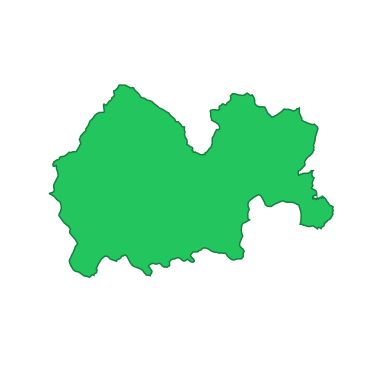 Benenitra, Atsimo-Andrefana, Madagascar (Mercator projection), rotated 288°
{"feature_id": "10022922B93003724204974", "entity_name": "Benenitra", "entity_type": "district", "adm_level": 2, "iso_a3": "MDG", "parent_name": "Madagascar", "parent_adm1": "Atsimo-Andrefana", "projection": "mercator", "projection_center": [45.12, -23.452], "detail": "fine", "context": "isolated", "style": "filled", "palette": "green", "viewbox_px": 384, "rotation_deg": 288, "n_neighbors": 0, "source": "geoboundaries", "source_scale": "gbopen_adm2", "svg_char_len": 6034}
<svg xmlns="http://www.w3.org/2000/svg" viewBox="0 0 384 384"><g transform="rotate(288 192 192)"><path d="M175.6,51.1L173.8,51.9L173.6,52.6L174.4,53.8L175.3,54.5L175.3,54.9L172.8,55.6L168.7,58.5L166.0,59.8L156.3,58.3L154.5,58.7L151.5,60.3L149.7,60.4L148.1,59.1L147.1,57.3L146.4,57.1L146.0,57.7L146.1,58.9L145.2,62.5L143.1,65.6L141.9,69.4L139.2,71.5L136.4,72.7L132.6,72.9L130.1,72.4L128.4,72.8L123.3,79.7L121.5,84.1L121.5,84.9L119.1,87.9L117.4,87.7L115.4,88.3L114.5,89.6L110.6,96.0L107.2,99.4L104.5,98.0L98.1,97.7L94.4,97.0L92.9,97.1L90.2,96.5L88.8,96.5L87.1,97.4L84.7,99.3L81.4,103.2L80.9,104.1L80.6,106.1L80.9,108.9L78.9,115.3L79.4,119.3L79.2,120.9L82.3,122.5L82.6,122.8L82.4,124.5L84.2,124.6L85.6,126.0L86.3,126.1L88.9,125.6L89.3,124.6L94.3,125.1L100.4,126.6L104.0,128.9L104.6,130.6L104.5,131.9L104.2,133.2L103.2,134.4L103.0,135.2L102.8,141.6L104.2,141.5L106.1,143.8L107.2,144.5L109.4,145.0L109.9,146.3L111.3,147.2L111.4,148.5L111.0,149.7L105.2,155.7L103.7,158.2L103.4,159.1L102.9,167.2L102.5,168.7L102.2,169.4L101.1,170.6L98.9,174.4L99.4,176.1L99.5,178.1L100.4,178.0L102.5,178.6L104.4,178.4L108.1,173.5L109.1,173.8L111.5,175.7L112.2,177.6L112.2,179.7L112.6,180.9L113.9,182.5L114.1,183.3L113.8,184.5L112.7,186.2L112.1,187.7L112.0,188.9L112.7,190.5L112.6,191.4L115.0,193.5L117.9,192.3L119.0,192.2L120.2,192.7L121.6,193.6L122.5,194.8L122.8,195.9L125.1,198.5L125.4,200.5L124.9,202.2L124.2,203.4L123.7,205.5L124.7,207.1L126.0,207.8L126.6,208.6L125.3,212.5L125.5,214.5L126.6,215.5L127.5,215.4L128.4,214.5L130.3,211.0L130.9,210.3L131.6,210.2L134.8,211.2L135.4,211.9L136.9,215.9L138.5,216.9L139.7,218.5L141.6,219.4L142.4,220.5L142.9,221.9L142.9,224.9L142.6,226.4L142.1,227.3L141.6,231.5L142.4,235.0L142.2,236.7L142.6,237.7L143.1,238.2L143.1,239.3L144.0,243.1L141.8,245.9L140.2,249.7L140.1,251.4L140.3,252.9L142.2,255.5L143.9,259.9L144.3,259.8L146.3,260.7L150.1,259.4L151.6,260.0L152.3,259.5L152.6,258.8L153.5,258.2L154.0,256.5L155.5,254.0L158.1,253.2L163.3,253.4L165.6,253.9L168.4,251.8L171.9,250.3L176.2,249.6L178.2,250.3L179.4,251.9L183.3,255.4L184.0,253.4L188.5,251.8L190.6,251.5L193.0,251.9L194.9,250.4L197.0,249.1L200.2,248.7L205.7,252.1L210.2,256.2L209.5,259.0L205.1,263.7L202.5,265.7L201.8,268.1L202.6,271.7L205.7,274.1L211.6,280.7L211.5,285.5L212.5,287.9L213.4,291.5L212.5,297.7L206.9,301.6L203.7,303.0L197.9,304.6L194.7,304.8L195.3,306.7L194.8,308.5L195.2,310.4L194.9,312.0L195.5,314.6L197.1,317.2L197.2,318.2L195.7,322.7L197.4,323.1L197.6,323.7L197.6,324.4L197.0,326.0L199.1,326.4L199.4,327.0L200.7,327.9L202.3,328.0L203.1,327.5L204.1,328.7L205.0,328.8L205.5,329.4L207.1,329.9L208.5,331.3L209.7,332.0L214.1,332.9L215.1,332.6L216.1,331.8L217.9,332.1L219.8,330.8L221.4,330.9L221.9,329.0L221.6,327.9L222.8,325.9L223.7,325.1L224.4,323.7L226.2,321.7L227.6,319.7L227.1,319.2L228.4,317.6L228.3,317.1L226.3,317.0L226.7,315.7L224.4,314.3L225.3,313.4L225.2,313.0L224.4,312.5L223.5,312.7L223.3,312.6L223.9,311.1L223.8,310.7L223.1,310.3L222.8,309.3L222.9,308.8L223.6,308.7L224.3,309.2L224.6,308.4L225.9,308.6L226.0,309.0L226.9,309.9L227.0,311.8L230.0,310.6L231.3,309.6L231.9,307.9L232.1,305.7L232.7,304.4L235.6,305.0L237.1,303.7L238.4,303.4L243.0,303.7L243.5,303.4L243.6,302.0L243.9,301.6L246.1,300.4L248.8,300.2L249.8,300.6L249.1,298.8L247.5,298.4L247.0,297.7L245.9,297.1L244.1,292.0L243.6,291.4L242.9,291.1L242.6,290.0L240.8,288.4L240.9,288.1L244.4,286.5L246.2,288.1L247.1,288.4L248.6,289.5L249.5,289.6L251.0,290.6L252.6,291.1L255.1,289.9L256.9,289.9L260.3,291.0L263.3,293.0L266.3,294.5L268.2,294.6L269.5,295.0L270.9,294.2L272.3,294.1L274.1,293.1L278.9,293.1L282.6,292.3L291.1,292.2L292.6,291.2L293.9,288.1L294.3,287.6L293.5,286.1L293.3,285.2L293.2,281.7L294.0,274.3L295.9,273.7L300.1,269.8L305.1,268.1L303.9,267.1L303.5,266.0L302.4,265.7L300.5,264.1L300.5,258.5L299.8,256.3L299.4,255.8L299.5,254.0L296.3,252.4L292.0,249.3L288.6,246.1L287.9,244.5L288.8,243.2L290.5,239.5L295.3,234.9L294.5,231.9L293.8,230.0L294.0,226.8L295.4,224.6L296.5,223.9L298.6,223.3L301.0,221.7L303.0,219.2L302.2,218.5L301.9,217.3L303.1,214.2L302.8,213.5L301.0,212.4L299.5,210.5L298.6,205.5L298.7,203.0L298.0,200.2L295.2,198.9L293.1,200.0L291.1,200.1L290.0,199.7L288.1,198.1L285.5,197.5L285.1,196.6L285.4,194.1L285.0,193.6L283.4,192.9L282.1,191.6L280.9,191.6L279.5,192.6L278.1,191.7L277.3,189.6L277.4,188.2L275.8,184.8L275.2,184.4L274.3,184.4L272.8,185.5L269.5,186.5L268.9,187.2L266.4,188.5L265.9,190.5L265.7,192.4L264.5,196.2L264.1,196.8L262.4,198.2L260.1,198.7L259.6,198.3L259.2,196.4L258.7,196.1L255.5,195.5L252.4,195.3L250.4,194.9L250.1,194.6L247.9,195.0L244.6,196.2L240.8,196.3L238.6,195.1L234.6,193.8L233.3,192.4L231.7,192.8L231.5,191.3L230.5,190.4L230.1,187.6L230.7,185.8L230.6,184.2L231.1,183.0L230.2,181.5L230.2,181.0L231.3,180.3L231.6,179.2L233.7,179.3L234.1,179.0L234.5,177.9L234.5,176.3L235.4,174.3L235.5,172.5L236.0,172.1L237.3,172.2L240.3,170.9L241.9,168.5L243.3,167.8L244.3,167.0L246.8,166.8L249.4,165.2L251.3,164.9L251.6,164.4L251.2,163.5L251.1,162.4L252.5,160.7L254.6,157.1L254.0,155.6L254.1,154.6L256.1,153.0L258.0,148.2L260.0,145.3L260.3,143.1L261.6,138.0L261.9,134.6L262.7,133.3L264.1,129.1L265.6,126.1L265.8,123.9L265.5,120.9L266.5,117.8L266.1,116.2L266.4,113.9L268.4,111.8L271.6,105.6L273.0,104.2L273.0,103.4L272.3,102.2L272.0,100.9L273.0,95.3L272.1,93.0L271.5,90.3L270.8,89.6L270.0,89.4L267.4,89.2L266.2,88.0L265.1,87.8L264.1,86.4L262.7,86.7L260.8,88.2L259.9,88.0L259.1,88.3L258.4,88.0L257.2,86.7L255.2,86.9L254.2,86.5L253.5,86.2L253.1,85.3L251.5,84.7L250.1,84.7L249.4,84.0L247.9,83.6L247.7,83.2L248.4,81.4L248.2,80.9L247.3,81.0L242.0,83.5L240.8,83.7L240.4,83.3L239.1,79.5L237.0,77.2L235.1,76.1L231.0,74.7L227.4,72.8L225.9,73.1L224.5,72.7L223.5,73.0L222.0,72.3L219.1,71.6L217.1,72.1L215.2,70.7L210.3,68.7L209.2,69.0L207.1,68.6L205.6,70.1L204.8,70.3L203.8,71.3L203.2,71.5L202.0,70.8L200.2,70.7L194.9,69.5L194.3,68.8L193.3,66.0L192.0,64.6L191.9,62.9L189.5,61.7L187.4,60.2L186.5,59.3L185.3,56.8L184.5,55.9L183.6,55.5L182.5,55.6L181.9,55.4L180.4,53.2L177.7,51.3L176.0,51.5L175.6,51.1Z" fill="#22c55e" stroke="#15803d" stroke-width="1.5"/></g></svg>